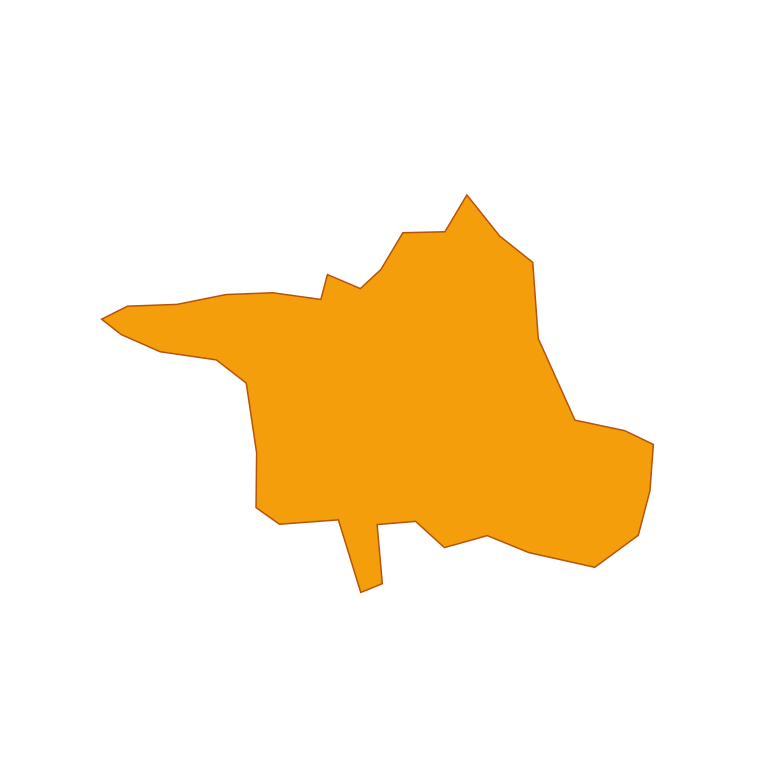 the Independent City of Dushanbe, rotated 288°
{"feature_id": "TJK-5491", "entity_name": "Dushanbe", "entity_type": "Independent City", "adm_level": 1, "iso_a3": "TJK", "parent_name": "Tajikistan", "parent_adm1": "", "projection": "orthographic", "projection_center": [68.769, 38.564], "detail": "fine", "context": "isolated", "style": "filled", "palette": "amber", "viewbox_px": 768, "rotation_deg": 288, "n_neighbors": 0, "source": "natural_earth", "source_scale": "10m", "svg_char_len": 613}
<svg xmlns="http://www.w3.org/2000/svg" viewBox="0 0 768 768"><g transform="rotate(288 384 384)"><path d="M358.4,95.4L378.7,115.9L395.7,162.4L420.3,206.2L436.4,250.0L444.9,297.8L470.6,296.4L467.4,332.0L492.0,345.7L533.7,355.2L547.6,394.9L589.4,404.4L560.5,448.2L545.6,487.9L475.0,516.6L408.6,576.8L414.0,627.4L409.7,658.9L364.8,669.9L318.7,672.6L274.8,641.1L268.4,574.1L271.7,529.0L247.1,492.0L263.1,456.5L248.2,420.9L193.6,444.1L178.6,426.3L240.7,382.6L218.3,327.9L226.9,300.5L279.2,284.1L342.3,252.7L355.1,217.1L345.5,161.1L349.8,118.7L358.4,95.4Z" fill="#f59e0b" stroke="#b45309" stroke-width="1.5"/></g></svg>